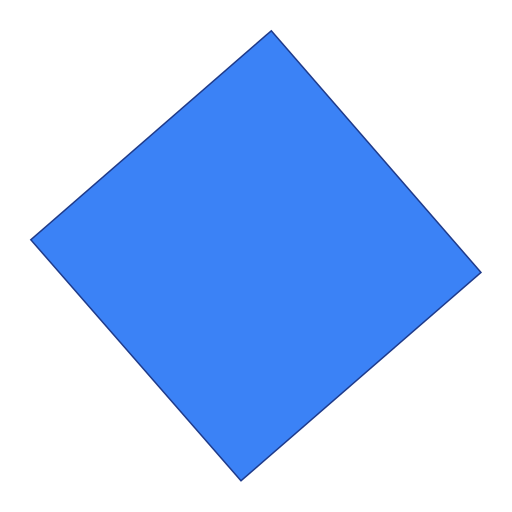 the district of Valley, Nebraska, United States of America, rotated 139°
{"feature_id": "52423323B79614094129954", "entity_name": "Valley", "entity_type": "district", "adm_level": 2, "iso_a3": "USA", "parent_name": "United States of America", "parent_adm1": "Nebraska", "projection": "mercator", "projection_center": [-98.949, 41.567], "detail": "fine", "context": "isolated", "style": "filled", "palette": "blue", "viewbox_px": 512, "rotation_deg": 139, "n_neighbors": 0, "source": "geoboundaries", "source_scale": "gbopen_adm2", "svg_char_len": 250}
<svg xmlns="http://www.w3.org/2000/svg" viewBox="0 0 512 512"><g transform="rotate(139 256 256)"><path d="M415.3,416.0L414.8,96.2L410.0,96.2L97.0,96.0L96.7,415.9L103.1,416.0L415.3,416.0Z" fill="#3b82f6" stroke="#1e3a8a" stroke-width="1.5"/></g></svg>